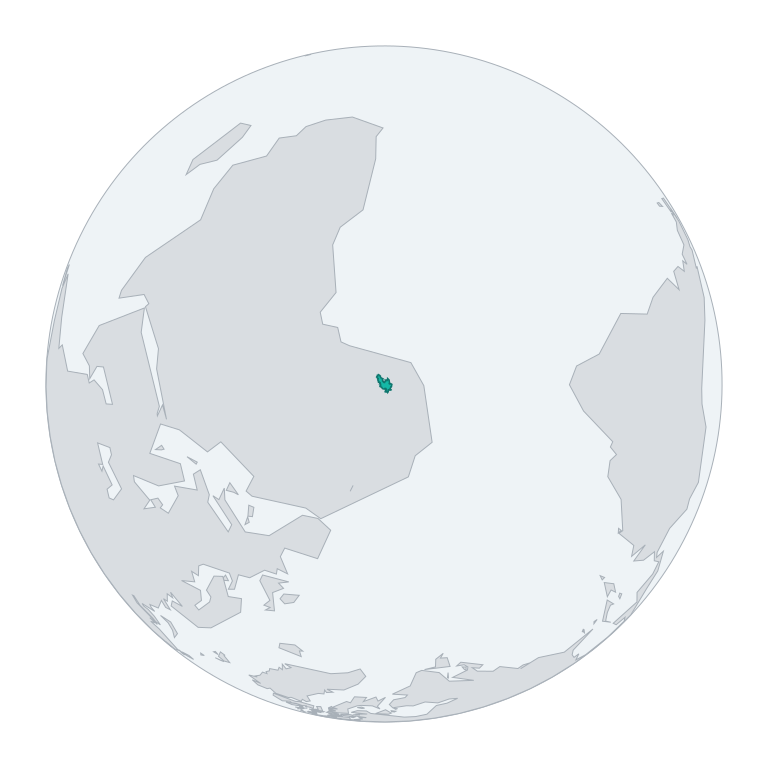 Savanes on an orthographic globe, rotated 206°
{"feature_id": "CIV-3431", "entity_name": "Savanes", "entity_type": "Department", "adm_level": 1, "iso_a3": "CIV", "parent_name": "Ivory Coast", "parent_adm1": "", "projection": "orthographic", "projection_center": [-5.464, 9.628], "detail": "fine", "context": "on_globe", "style": "filled", "palette": "teal", "viewbox_px": 768, "rotation_deg": 206, "n_neighbors": 0, "source": "natural_earth", "source_scale": "10m", "svg_char_len": 12009}
<svg xmlns="http://www.w3.org/2000/svg" viewBox="0 0 768 768"><g transform="rotate(206 384 384)"><circle cx="384" cy="384" r="338" fill="#eef3f6" stroke="#a8b0b8"/><path d="M281.5,62.0L257.6,71.4L264.0,69.2L256.2,73.6L260.7,73.1L253.6,76.4L263.3,73.3L268.9,70.4L275.1,68.3L278.3,68.1L269.8,71.9L266.9,72.6L266.1,73.6L260.5,75.9L265.0,74.6L254.4,80.0L269.5,74.5L264.8,78.7L256.5,82.4L251.5,82.1L219.7,93.5L209.7,99.0L200.7,106.0L196.0,118.0L187.4,124.8L180.0,133.8L187.4,129.4L195.8,121.0L207.7,116.2L216.6,107.5L222.7,104.7L234.2,96.8L238.7,98.3L236.9,104.4L227.6,111.4L226.6,114.7L240.5,108.9L228.1,124.1L228.5,138.6L224.6,143.1L207.9,148.8L195.0,145.5L173.4,157.0L193.7,150.4L183.6,163.5L184.6,166.5L188.9,166.8L195.1,162.4L193.0,167.6L172.1,175.0L173.7,170.4L180.3,167.7L174.2,166.8L160.0,173.7L156.0,180.8L138.9,187.0L135.8,192.5L130.4,197.5L136.4,188.0L125.2,205.8L104.4,222.0L88.8,255.4L97.3,227.7L96.2,223.1L93.4,221.6L90.6,226.9L90.6,220.2L84.1,229.1L72.0,254.6L64.2,276.1L65.1,280.0L69.8,269.4L73.1,269.4L61.1,299.0L65.2,307.6L59.2,331.0L59.1,344.7L63.6,343.6L67.4,351.8L73.5,339.4L81.9,334.4L78.6,354.0L85.9,337.6L88.7,348.4L107.4,352.8L105.1,356.8L120.3,384.2L142.2,398.8L147.2,414.2L144.1,422.5L152.9,426.6L153.1,432.4L192.8,447.2L217.0,464.6L218.8,484.6L203.7,505.3L202.1,551.2L178.1,562.2L180.2,579.9L175.7,603.2L160.1,598.1L173.0,612.3L171.3,618.5L163.5,616.9L169.5,625.7L164.1,624.4L172.9,631.4L175.4,640.5L187.7,650.7L192.3,657.8L200.6,663.6L198.2,662.7L198.7,663.9L202.5,666.8L190.3,659.6L174.1,646.9L169.1,641.5L165.8,639.4L153.8,624.7L154.3,627.0L134.1,602.0L123.5,582.0L96.5,519.3L89.4,505.4L75.7,486.5L58.3,433.4L59.0,414.7L56.9,404.3L64.0,379.4L64.7,352.4L63.0,347.6L59.6,356.2L56.0,336.0L58.3,315.0L61.0,284.6L69.3,260.9L79.3,238.0L90.9,215.8L104.2,194.5L119.0,174.3L135.3,155.3L152.9,137.5L171.8,121.0L191.9,106.0L213.0,92.5L235.0,80.7L257.9,70.5L281.5,62.0ZM83.6,266.6L88.7,287.7L81.2,287.0L83.5,284.5L83.1,276.5L80.9,268.1L75.7,269.3L83.6,266.6ZM96.0,250.2L94.7,248.2L96.6,248.8L96.0,250.2ZM230.9,96.7L232.4,96.8L229.5,98.2L230.9,96.7ZM234.4,93.5L229.9,95.1L230.8,93.8L233.6,92.8L234.4,93.5ZM239.8,91.9L233.2,91.4L235.0,89.3L247.1,84.1L239.8,91.9ZM269.4,69.7L263.5,72.7L265.4,70.6L269.4,69.7ZM269.1,69.0L266.3,67.6L276.5,63.8L275.4,64.7L286.3,60.7L292.7,59.4L288.1,61.3L280.2,63.9L288.7,61.6L269.1,69.0ZM277.7,67.4L276.2,67.1L285.0,63.6L289.5,63.6L285.2,64.7L277.7,67.4ZM286.0,60.6L293.4,58.5L300.5,56.7L304.3,55.8L293.7,59.1L286.0,60.6ZM284.9,65.3L291.6,63.8L290.4,65.3L279.7,67.5L284.9,65.3ZM285.3,62.9L289.7,61.4L288.8,62.2L285.3,62.9ZM289.8,71.2L287.8,70.3L292.2,68.3L289.8,71.2ZM294.2,63.2L294.6,62.7L296.2,62.0L300.2,61.4L294.2,63.2ZM299.5,57.9L301.0,57.9L304.2,56.4L309.7,55.6L301.6,58.2L307.4,56.7L309.1,56.5L300.6,59.0L299.5,57.9ZM308.9,58.9L300.5,62.8L303.2,64.6L299.4,66.3L295.7,63.2L308.9,58.9ZM304.8,58.6L306.5,59.1L300.8,60.6L296.2,61.2L304.8,58.6ZM316.4,54.3L310.0,54.8L312.0,54.3L316.4,54.3ZM310.8,59.0L312.8,58.1L311.7,58.9L310.8,59.0ZM315.9,55.2L313.4,55.3L315.7,54.7L315.9,55.2ZM318.9,56.5L316.2,57.6L312.9,57.9L318.9,56.5ZM318.4,55.6L322.2,54.8L313.4,57.4L316.9,55.7L318.4,55.6ZM318.5,54.6L319.1,54.3L319.3,54.7L318.5,54.6ZM332.7,55.2L322.4,58.3L315.2,58.8L326.3,55.5L332.7,55.2ZM214.4,673.6L193.2,661.6L203.4,667.5L201.0,664.3L215.6,672.4L214.4,673.6ZM211.5,665.7L214.3,664.6L217.8,666.4L216.6,667.6L211.5,665.7ZM696.7,256.0L698.1,259.7L708.1,296.7L715.3,328.6L716.2,344.6L702.9,302.6L691.9,273.5L690.3,278.1L674.0,256.9L654.9,262.5L649.4,255.7L646.4,260.6L634.5,255.5L625.0,244.3L619.1,246.7L643.6,276.3L649.7,274.0L650.8,259.8L656.8,271.2L668.0,279.4L665.6,311.7L632.7,347.3L624.9,324.0L576.1,265.4L575.0,258.2L574.6,257.4L573.7,256.0L573.9,268.1L564.0,256.9L595.0,297.9L602.2,316.9L632.3,348.9L630.6,353.1L638.9,359.3L659.8,345.0L661.0,353.1L653.9,393.2L620.8,451.2L622.6,484.8L615.8,514.4L589.5,537.4L586.0,559.1L571.6,568.7L566.9,581.2L552.0,595.7L529.4,610.1L497.1,613.7L499.5,602.9L490.2,582.8L479.2,531.3L492.1,505.7L491.1,486.5L467.2,445.2L472.8,420.6L465.3,410.9L450.4,414.5L441.1,403.0L431.7,403.3L369.2,415.0L347.5,400.0L315.2,352.7L324.5,333.2L321.4,311.2L381.8,235.2L399.9,238.2L453.4,225.3L461.0,227.3L460.5,243.9L505.3,260.5L512.9,245.6L547.8,253.1L567.3,250.1L564.1,219.0L532.1,223.1L520.8,209.4L541.9,193.6L569.0,191.9L565.5,186.7L543.6,176.9L545.0,166.6L535.5,173.0L542.9,177.7L537.2,182.3L530.0,178.4L530.8,174.6L521.2,173.3L520.0,193.4L527.5,200.4L505.4,206.8L515.8,219.4L511.5,226.4L492.5,207.9L490.6,200.5L459.2,182.8L459.2,190.8L488.8,208.6L481.7,207.7L481.9,220.4L476.2,210.1L443.9,190.2L420.8,197.3L399.7,230.3L384.4,234.2L367.8,229.2L367.1,197.9L401.3,193.0L401.5,183.4L387.4,171.1L399.0,171.2L397.4,166.0L409.7,164.3L419.8,151.0L431.2,148.7L428.4,134.0L433.9,131.3L433.9,140.5L440.1,146.3L467.5,142.8L470.8,139.3L466.8,130.4L474.8,131.3L467.4,123.2L479.8,118.6L458.5,118.1L453.2,109.4L457.0,102.2L451.4,99.7L445.2,111.6L446.2,116.7L453.2,120.9L452.6,136.8L444.6,140.4L430.8,124.7L418.0,128.6L412.8,116.0L432.6,89.0L444.4,83.8L478.0,91.2L479.2,96.2L467.7,95.7L484.6,103.3L480.2,99.2L486.9,100.4L483.5,93.8L488.1,94.4L477.1,87.4L482.3,87.5L489.2,91.9L488.7,83.7L497.7,83.2L495.4,81.2L490.4,79.1L505.2,80.7L502.8,79.2L497.0,78.0L488.6,74.6L479.4,69.5L485.0,70.3L489.1,72.2L506.1,78.1L516.1,84.1L517.5,84.0L510.1,79.1L489.4,71.7L482.3,68.5L492.1,71.3L487.9,70.0L486.2,68.8L489.7,68.5L478.9,65.4L451.7,54.4L455.8,54.1L467.6,57.0L459.4,54.6L483.4,61.0L506.9,69.2L529.7,79.1L551.8,90.7L572.9,103.8L593.0,118.5L612.0,134.6L629.7,152.0L646.1,170.7L661.1,190.6L674.6,211.5L686.5,233.3L696.7,256.0ZM367.4,272.7L367.3,279.3L367.4,272.7ZM602.5,206.7L615.6,205.5L601.6,188.4L605.5,186.9L599.3,182.0L600.5,187.2L584.1,174.1L586.8,168.1L581.1,161.1L576.3,161.3L573.9,174.7L597.4,192.9L597.9,200.9L602.5,206.7ZM108.1,352.7L109.9,357.1L106.6,356.4L108.1,352.7ZM77.9,294.4L80.0,295.9L80.4,299.4L78.3,299.6L77.9,294.4ZM102.0,303.6L105.7,306.5L100.9,306.8L102.0,303.6ZM90.0,290.7L99.0,302.1L89.9,305.2L84.6,298.4L89.6,298.4L90.0,290.7ZM90.2,260.5L91.1,262.5L89.2,265.8L90.2,260.5ZM97.4,250.9L96.7,250.9L97.2,247.8L97.4,250.9ZM184.9,163.0L186.5,162.6L189.7,164.0L186.1,165.6L184.9,163.0ZM216.8,159.3L212.7,167.9L213.1,162.4L207.2,165.7L200.8,159.1L222.4,145.1L213.7,152.3L216.8,159.3ZM198.2,147.8L199.9,152.7L197.2,148.0L198.2,147.8ZM376.9,142.9L383.3,145.4L382.0,151.3L367.6,156.9L369.3,148.1L376.9,142.9ZM392.7,147.7L383.0,132.1L391.5,128.9L388.4,133.2L395.0,132.6L391.7,139.5L409.4,152.8L409.4,159.1L382.8,164.4L391.5,158.8L384.7,156.3L392.7,147.7ZM343.0,107.0L338.9,102.7L362.8,100.9L363.9,105.3L349.6,110.4L339.9,108.3L343.0,107.0ZM262.4,83.8L259.3,84.1L261.6,82.7L266.2,81.5L262.4,83.8ZM288.5,70.9L278.5,82.2L274.4,82.8L273.4,89.9L262.3,94.6L263.3,89.5L254.0,99.1L250.4,96.4L245.3,103.0L248.7,91.4L245.2,90.2L253.4,89.6L263.7,85.1L267.1,82.9L274.1,76.0L271.5,72.4L281.3,68.3L289.0,66.5L291.1,66.7L284.0,69.1L291.9,67.7L283.3,71.5L288.5,70.9ZM372.7,60.4L363.6,60.8L378.0,63.2L369.5,65.1L371.7,65.2L367.8,67.9L366.9,71.8L362.2,72.4L363.9,73.8L361.3,75.9L362.0,78.1L353.8,80.3L354.1,83.4L350.1,82.7L352.6,87.6L347.1,85.1L343.2,88.3L350.6,89.1L304.8,100.3L289.9,108.6L280.5,117.4L272.2,113.2L275.7,102.9L285.9,91.4L301.4,84.7L294.8,84.6L300.4,81.5L303.2,82.9L302.1,79.1L307.4,77.1L316.4,69.9L311.4,66.8L314.6,64.5L319.2,64.8L319.2,62.5L330.0,61.7L332.5,60.3L345.7,58.6L353.1,60.7L355.4,59.0L365.5,58.3L372.7,60.4ZM336.5,54.7L347.2,55.7L347.9,57.6L324.6,59.9L320.9,61.4L306.0,64.0L305.4,61.5L309.7,60.8L313.7,59.7L312.3,60.9L316.5,59.2L322.5,58.5L327.4,57.1L329.6,57.6L336.5,54.7ZM466.3,220.6L471.6,220.8L479.1,219.3L479.3,227.7L466.3,220.6ZM444.1,207.1L448.4,205.6L452.4,215.8L446.9,216.1L444.1,207.1ZM447.3,196.7L448.3,204.8L444.5,200.6L447.3,196.7ZM437.6,139.0L441.7,137.4L443.5,139.4L442.7,142.8L437.6,139.0ZM413.6,71.5L408.3,70.5L408.7,69.7L400.6,66.0L406.3,64.9L413.4,66.7L413.6,71.5ZM560.6,224.9L557.0,231.4L553.1,229.0L555.2,227.2L560.6,224.9ZM517.7,229.6L529.2,232.3L517.6,231.9L517.7,229.6ZM418.4,69.7L414.5,68.1L419.8,68.6L418.4,69.7ZM410.0,64.0L415.7,64.0L406.1,64.3L410.0,64.0ZM599.1,644.1L595.8,647.1L594.0,648.3L599.1,644.1ZM654.1,502.0L627.3,555.6L616.9,558.0L619.4,543.7L632.2,512.0L645.7,500.7L653.6,485.5L654.1,502.0ZM716.0,331.4L719.3,349.2L719.2,353.5L716.0,331.4ZM461.2,64.2L466.1,70.0L473.4,74.8L483.4,78.0L471.4,76.6L460.2,69.1L461.2,64.2ZM452.3,55.2L443.6,53.4L445.8,53.3L448.1,53.7L452.3,55.2ZM448.1,54.7L440.3,54.5L434.4,53.0L441.7,53.4L448.1,54.7ZM429.8,60.2L430.8,61.8L426.5,61.2L429.8,60.2Z" fill="#d9dde1" stroke="#a8b0b8" stroke-width="1"/><path d="M383.5,379.2L383.8,379.4L383.9,379.5L384.2,379.8L384.4,380.0L384.6,380.1L384.8,380.0L385.0,379.9L385.3,379.9L385.7,380.1L385.8,380.1L386.0,380.1L386.0,380.5L386.2,380.8L386.3,380.7L386.3,380.9L386.5,381.0L386.3,381.1L386.4,381.3L386.5,381.3L386.6,381.2L386.6,381.3L386.8,381.5L386.9,381.8L387.0,382.1L386.9,382.3L387.1,382.5L387.2,382.4L387.3,382.5L387.5,382.5L387.8,382.8L387.9,382.7L387.9,382.8L387.9,383.0L388.0,383.1L387.9,383.1L388.0,383.2L388.0,383.4L388.4,383.4L388.4,383.6L388.5,383.6L388.9,383.5L389.0,383.4L389.1,383.5L389.3,383.6L389.3,383.4L389.5,383.3L389.5,383.6L389.6,383.8L389.8,383.9L390.0,383.8L390.2,384.0L390.3,384.2L390.4,384.3L390.4,384.0L390.7,384.1L391.0,384.5L391.1,384.8L391.3,385.0L391.4,385.3L391.5,385.4L391.4,385.7L391.4,385.8L391.5,385.8L391.4,386.1L391.5,386.3L391.6,386.2L392.0,386.1L392.3,386.3L392.5,386.4L392.8,386.5L393.0,386.7L393.1,386.9L393.2,387.0L393.3,387.0L393.2,387.2L393.2,387.3L393.4,387.5L393.6,387.6L393.4,387.8L393.2,387.9L393.1,388.0L393.5,388.4L393.6,388.5L393.7,388.8L393.8,388.9L393.7,389.0L393.4,389.3L393.3,389.5L393.2,389.5L392.9,389.6L392.8,389.8L392.9,390.0L392.7,390.0L392.5,389.9L392.4,389.9L392.2,389.9L391.9,389.9L391.7,389.9L391.3,389.8L391.2,389.6L391.0,389.4L390.9,389.4L390.6,389.4L390.5,388.9L390.4,388.8L390.2,388.7L389.8,388.5L389.7,388.4L389.4,388.3L389.3,388.2L389.2,388.3L387.1,388.2L387.2,387.9L387.3,387.8L387.4,387.2L387.1,386.9L386.9,386.8L386.8,386.6L386.6,386.4L386.6,386.0L386.4,385.9L385.8,385.8L385.6,386.0L385.5,385.9L385.3,385.5L385.2,385.4L384.9,385.5L384.7,385.4L384.5,385.7L384.4,385.8L384.4,386.2L384.3,386.3L384.2,386.5L384.1,386.4L384.1,386.5L384.1,387.0L383.9,387.2L383.8,387.3L384.2,387.6L384.3,387.7L384.1,387.7L384.1,387.8L384.0,388.1L383.9,388.2L383.9,388.3L384.0,388.3L384.0,388.5L383.8,388.5L383.6,388.5L383.4,388.5L383.2,388.7L382.9,388.7L382.7,388.6L382.5,389.1L382.8,389.3L382.7,389.4L382.7,389.5L382.6,389.9L382.7,390.0L382.8,389.9L383.0,390.0L383.0,390.3L383.1,390.5L382.4,390.3L381.1,389.8L380.2,388.4L380.1,388.2L379.6,387.7L379.4,387.4L379.4,387.2L379.5,387.1L379.6,386.9L379.5,386.6L379.3,386.5L379.1,386.5L378.9,386.5L378.8,386.8L378.6,386.9L378.3,387.2L378.2,387.2L377.9,386.9L377.6,386.8L377.6,387.1L377.3,387.3L376.8,387.2L376.7,387.1L376.6,386.8L376.6,386.7L376.6,386.2L376.4,385.8L376.3,385.6L376.3,385.4L376.3,385.1L376.4,384.9L376.5,384.8L376.6,384.7L376.4,384.5L376.3,384.4L376.2,384.4L376.3,384.0L376.5,383.8L376.5,383.7L376.5,383.4L376.5,383.2L376.5,382.9L376.6,382.7L376.5,382.4L376.4,382.3L376.4,382.1L376.2,382.1L375.5,382.1L375.4,382.1L375.5,381.8L375.7,381.7L375.8,381.3L375.8,381.2L375.7,381.2L375.8,381.1L376.4,381.0L376.5,381.1L377.0,381.1L377.5,380.8L377.5,380.7L377.5,380.4L377.3,380.4L377.2,380.3L377.2,380.2L377.1,379.7L377.0,379.4L377.1,379.2L376.9,379.1L376.8,378.9L376.9,378.7L376.9,378.3L376.9,378.2L377.0,378.0L377.0,377.9L377.3,378.1L377.8,378.4L378.2,378.5L378.3,378.5L378.6,378.4L378.5,378.2L378.4,378.2L378.4,377.9L378.5,377.7L378.9,377.7L379.3,377.5L379.5,377.5L379.4,377.9L379.5,377.9L379.6,378.0L379.5,378.3L379.6,378.5L379.4,378.6L379.4,378.8L379.5,378.8L379.8,378.9L379.8,379.0L379.7,379.2L379.8,379.3L379.8,379.5L379.7,379.6L379.8,379.7L379.7,379.8L379.7,380.0L379.6,379.9L379.5,380.0L379.5,380.3L379.8,380.5L380.3,380.7L380.8,380.7L381.0,380.5L381.0,380.2L381.4,380.2L381.4,379.9L381.4,379.7L381.5,379.7L382.0,379.4L382.8,379.2L383.1,379.2L383.4,379.2L383.5,379.2Z" fill="#14b8a6" stroke="#0f766e" stroke-width="1.5"/></g></svg>